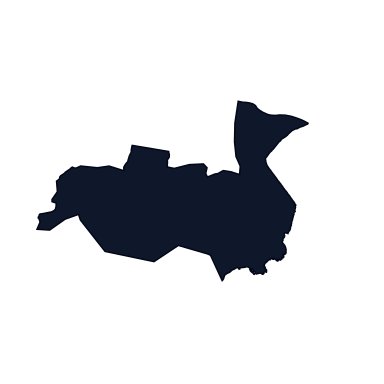 Ciceron, Castries, Saint Lucia (orthographic projection), rotated 219°
{"feature_id": "8701671B92087442166631", "entity_name": "Ciceron", "entity_type": "district", "adm_level": 2, "iso_a3": "LCA", "parent_name": "Saint Lucia", "parent_adm1": "Castries", "projection": "orthographic", "projection_center": [-61.013, 13.992], "detail": "fine", "context": "isolated", "style": "filled", "palette": "ink", "viewbox_px": 384, "rotation_deg": 219, "n_neighbors": 0, "source": "geoboundaries", "source_scale": "gbopen_adm2", "svg_char_len": 5776}
<svg xmlns="http://www.w3.org/2000/svg" viewBox="0 0 384 384"><g transform="rotate(219 192 192)"><path d="M213.2,291.6L202.1,272.7L190.5,257.7L180.0,247.2L170.7,242.4L166.0,235.5L174.5,232.2L181.2,228.3L183.5,222.6L185.6,220.3L188.5,215.0L189.6,213.4L193.0,215.0L195.6,220.3L200.8,221.0L211.3,211.6L220.6,199.2L226.9,195.9L227.2,196.4L228.3,197.5L228.7,198.0L229.2,199.0L230.3,200.3L230.8,200.7L231.2,201.3L231.5,203.0L231.5,204.3L231.9,205.1L232.2,205.3L232.9,206.6L233.5,207.0L234.0,207.4L234.6,207.8L235.6,208.8L267.8,190.6L267.5,189.8L266.2,187.4L265.7,186.6L265.3,185.9L264.7,185.4L264.5,185.0L264.2,184.4L264.0,183.4L263.5,180.9L263.2,180.1L262.2,177.7L261.9,176.9L261.1,175.3L261.0,174.9L261.2,173.4L261.1,171.4L260.8,169.3L260.6,168.3L259.6,167.1L258.6,166.2L258.5,165.6L272.7,160.0L280.8,151.3L294.9,142.1L296.1,139.6L297.3,137.4L299.1,136.4L300.6,136.1L301.0,135.2L301.3,132.9L302.8,128.0L303.0,125.8L304.2,122.2L304.3,120.8L303.7,119.7L303.2,118.9L303.4,118.3L303.5,117.4L304.1,115.2L296.8,107.5L296.1,98.2L294.7,96.4L294.0,96.7L290.5,97.9L288.4,95.0L287.4,92.8L287.4,91.0L288.1,89.3L288.6,88.2L294.5,81.1L296.3,79.2L296.3,78.8L296.4,78.3L296.0,77.7L295.7,76.7L295.7,75.9L295.3,75.2L294.7,74.8L293.9,74.9L293.4,74.8L293.2,74.4L293.0,74.2L292.6,74.1L291.7,73.5L291.1,72.9L289.0,65.5L278.7,72.8L273.5,91.1L266.1,103.2L261.1,100.0L222.2,91.1L177.7,114.0L169.0,141.9L140.9,153.7L137.8,154.5L128.5,149.9L112.8,142.1L112.7,143.1L112.8,143.8L112.9,144.4L114.0,147.3L114.2,148.0L114.1,148.7L113.9,149.3L113.8,150.0L113.3,151.2L112.5,152.7L112.0,154.2L111.9,155.4L111.8,156.2L111.6,157.0L111.2,157.7L111.0,157.8L110.8,158.2L110.3,159.6L110.1,160.4L109.6,161.4L109.3,161.9L108.8,162.1L108.5,162.1L108.1,162.0L107.7,161.8L107.3,161.7L106.8,161.8L106.6,161.9L106.4,162.2L106.7,162.6L106.9,163.2L106.7,163.5L105.9,164.4L103.7,166.6L103.1,167.5L102.6,168.1L102.2,168.4L101.4,169.0L100.6,169.2L99.8,169.2L98.4,168.8L98.1,168.8L98.3,168.4L98.3,168.2L98.1,168.0L97.8,168.0L97.2,168.4L97.1,168.6L97.3,168.7L97.4,169.0L97.3,169.3L97.1,169.5L96.7,169.6L96.1,169.8L95.5,169.8L95.2,169.8L94.7,169.6L94.5,169.4L94.3,169.0L94.4,168.8L94.7,168.3L95.0,168.0L95.8,168.1L96.5,168.4L97.3,168.1L97.3,167.9L97.0,167.6L96.7,167.4L96.3,167.4L95.8,167.3L95.0,167.3L94.0,167.5L93.8,167.5L93.6,167.3L93.0,167.3L92.7,167.2L92.2,167.0L91.7,167.3L91.8,167.5L92.1,167.7L92.4,167.7L92.8,167.6L93.6,167.7L94.2,167.9L94.3,168.2L94.2,168.5L93.8,169.2L93.4,169.5L92.8,169.5L91.9,169.2L91.4,168.9L90.9,168.8L90.5,168.8L90.2,169.0L88.7,171.1L88.2,171.7L87.6,172.2L87.0,172.4L86.5,172.4L86.2,172.3L85.8,172.3L85.5,172.4L85.3,172.6L85.0,172.9L84.9,173.4L84.9,174.1L85.2,174.3L85.6,174.5L85.4,175.5L84.8,176.3L84.5,176.4L84.3,176.3L84.0,176.3L83.7,176.5L84.3,177.5L85.1,178.4L85.4,178.4L85.8,178.3L86.2,178.5L86.5,178.4L86.9,178.5L87.1,178.9L87.4,179.2L88.1,179.6L88.3,179.4L88.6,179.4L89.4,179.7L89.9,180.0L89.6,180.3L89.8,180.4L90.0,181.4L90.3,182.1L90.3,182.6L89.8,185.4L89.8,186.7L89.6,187.5L89.3,188.1L88.7,188.5L89.1,189.3L88.7,189.6L88.4,190.3L88.2,190.8L87.9,191.0L88.0,190.7L87.7,190.4L87.4,190.4L87.3,190.7L87.0,191.0L86.5,190.9L86.1,191.1L86.2,191.4L86.4,191.3L87.0,191.6L87.0,191.9L86.5,192.2L86.0,192.3L85.4,192.3L84.9,192.2L83.7,192.0L83.0,191.9L82.2,192.1L82.0,192.4L82.6,192.9L81.9,193.2L82.1,193.9L82.3,194.0L82.5,194.0L82.5,194.3L82.4,194.4L82.1,194.4L81.6,194.3L81.1,194.4L80.5,194.7L80.2,195.7L80.0,196.6L80.1,196.8L80.7,197.2L81.0,197.7L80.5,197.7L79.8,198.2L79.7,198.8L80.0,199.5L80.4,200.0L81.0,200.5L81.3,200.5L81.7,200.4L81.8,200.5L81.8,200.8L81.9,201.1L81.9,201.4L81.8,201.5L81.6,201.5L81.5,201.4L81.4,201.5L81.0,201.8L80.6,202.2L80.4,202.9L80.6,203.8L80.9,204.2L81.3,204.7L81.6,204.7L82.1,205.7L82.4,205.9L82.5,206.3L83.2,206.9L85.2,208.3L86.7,208.9L89.2,209.4L89.4,209.5L90.3,209.6L90.6,210.3L90.7,210.7L90.7,211.2L91.2,212.2L91.7,212.4L92.1,212.8L92.1,213.1L91.9,213.6L91.8,213.9L91.8,214.7L92.0,215.4L92.4,216.3L92.7,216.5L93.2,216.7L94.0,217.3L94.2,217.6L94.2,217.9L94.1,218.4L93.8,218.9L93.4,219.2L92.1,219.9L91.5,220.0L91.3,220.1L91.7,220.7L91.7,220.9L91.7,221.3L91.8,222.0L92.0,222.7L92.0,223.0L91.8,223.5L92.0,223.9L92.2,224.6L92.6,225.7L93.3,226.7L93.6,227.2L93.7,227.9L93.7,228.4L94.5,229.0L94.6,229.5L94.6,230.0L94.9,230.3L95.3,230.8L95.6,231.3L96.2,232.7L96.3,233.4L96.5,233.8L96.7,234.1L97.2,234.8L97.4,235.7L97.8,236.5L98.1,236.7L98.5,237.7L98.7,238.2L98.5,238.4L98.6,238.6L99.2,239.3L99.5,239.6L99.8,240.3L99.9,240.9L99.7,241.3L99.5,241.7L99.6,241.8L99.9,241.9L100.7,242.7L101.2,243.6L101.4,244.2L101.7,244.4L101.7,244.7L101.9,245.3L102.9,245.8L103.1,246.1L102.9,246.8L103.0,247.0L103.3,247.3L103.9,247.5L104.1,247.5L104.4,247.2L104.9,247.2L105.2,247.5L105.3,247.9L105.6,248.1L106.0,248.3L106.2,248.2L106.4,248.1L106.8,248.4L108.5,248.8L110.5,249.4L112.0,249.8L113.0,250.1L113.7,250.4L116.5,250.9L117.7,251.4L120.3,252.0L122.1,252.2L122.3,252.5L122.5,252.6L123.0,252.5L123.5,252.6L123.8,252.8L125.3,253.3L126.4,253.6L127.1,253.7L127.6,253.8L128.4,254.2L128.9,254.3L129.3,254.2L131.3,254.8L132.4,254.9L135.1,255.8L143.5,257.9L143.9,258.0L144.5,258.3L145.0,258.4L145.5,258.4L147.1,258.8L148.5,259.3L150.0,259.7L150.8,260.1L153.5,261.8L154.7,263.0L155.2,263.3L156.0,264.3L156.2,265.4L156.1,266.0L156.1,266.7L156.4,271.0L156.3,272.7L156.0,274.2L156.3,274.4L155.9,275.9L155.9,285.9L155.4,287.5L155.7,289.3L154.3,293.3L153.6,296.3L153.7,297.5L153.4,299.4L152.9,302.6L152.9,303.0L152.7,303.1L151.3,306.2L150.0,307.5L149.7,308.5L148.8,310.6L148.1,311.5L146.7,313.8L146.2,315.2L144.9,317.5L145.1,318.5L149.4,317.7L152.9,316.8L157.6,315.2L162.5,313.3L167.9,310.4L172.4,307.0L175.0,304.3L178.8,301.5L181.9,299.9L187.3,298.5L191.6,298.0L194.1,298.1L197.1,299.1L200.2,298.8L203.0,297.6L205.7,296.1L209.4,293.5L213.2,291.6Z" fill="#0f172a" stroke="#020617" stroke-width="1.5"/></g></svg>